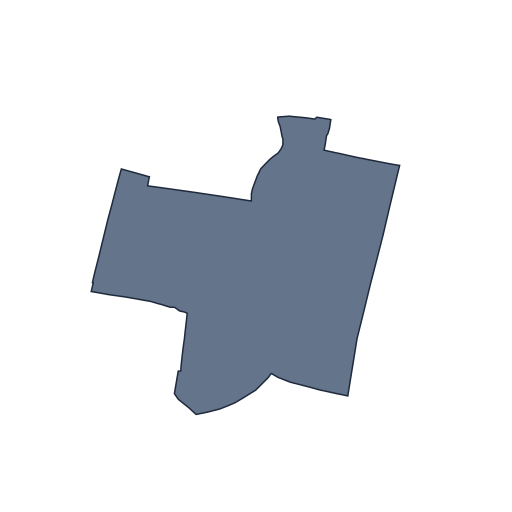 the district of Karmuz, Al Iskandariyah, Egypt, rotated 309°
{"feature_id": "37247803B60489712487225", "entity_name": "Karmuz", "entity_type": "district", "adm_level": 2, "iso_a3": "EGY", "parent_name": "Egypt", "parent_adm1": "Al Iskandariyah", "projection": "natural_earth1", "projection_center": [29.903, 31.179], "detail": "fine", "context": "isolated", "style": "filled", "palette": "slate", "viewbox_px": 512, "rotation_deg": 309, "n_neighbors": 0, "source": "geoboundaries", "source_scale": "gbopen_adm2", "svg_char_len": 1900}
<svg xmlns="http://www.w3.org/2000/svg" viewBox="0 0 512 512"><g transform="rotate(309 256 256)"><path d="M124.7,150.3L129.7,159.3L133.6,166.4L141.4,179.3L143.7,183.4L154.5,202.9L157.2,209.5L157.9,211.1L158.7,212.7L159.6,215.1L161.8,220.7L162.4,221.7L163.1,222.7L164.9,225.0L165.2,231.2L167.5,235.8L168.2,238.6L166.5,239.7L147.4,251.9L146.9,252.3L139.5,256.7L134.1,260.1L123.5,266.9L119.3,269.9L118.7,269.3L118.5,269.1L117.6,268.0L106.9,274.0L97.7,279.2L97.6,279.4L97.5,279.9L97.3,280.5L95.7,286.0L95.8,299.2L95.4,305.4L95.2,309.2L103.8,316.3L114.3,324.1L122.6,328.8L128.9,332.1L137.9,335.4L151.7,340.2L169.1,342.0L173.0,341.8L173.7,341.9L174.4,342.0L175.5,349.4L179.4,361.8L188.1,380.8L191.9,389.6L200.1,405.9L200.2,406.1L200.3,406.3L202.3,410.0L205.0,415.4L255.6,386.4L259.3,384.7L275.3,377.2L281.7,374.2L306.0,362.7L319.7,356.5L320.4,356.1L321.2,355.8L352.8,341.3L379.4,328.4L407.1,315.2L416.8,310.6L416.0,309.3L415.2,308.0L409.9,298.3L409.3,297.3L408.8,296.2L405.3,289.6L400.7,281.0L400.2,279.9L399.7,278.9L397.3,274.6L394.0,268.1L391.6,263.2L388.0,255.9L387.2,254.4L386.3,252.8L381.1,242.3L386.6,239.4L393.9,235.1L395.1,235.0L396.2,234.9L401.4,232.8L409.1,228.3L409.0,228.0L408.8,227.7L402.1,215.9L400.8,215.7L399.4,215.5L395.0,208.1L385.4,193.6L377.7,185.5L377.3,185.7L377.0,185.9L374.2,189.2L371.9,193.2L365.4,200.9L364.5,202.3L363.5,203.6L359.2,207.0L354.9,208.1L349.9,208.4L343.8,206.7L338.9,205.8L338.7,205.8L338.4,205.8L332.0,205.2L328.2,204.9L327.4,204.8L326.7,204.8L319.0,206.6L312.1,208.9L305.9,211.0L301.3,213.4L295.8,217.8L284.4,198.1L266.8,168.2L266.5,167.8L266.3,167.4L248.5,137.8L242.3,127.6L250.5,123.2L250.4,123.1L250.3,122.9L249.9,122.1L238.9,96.6L238.3,96.9L237.7,97.1L230.0,100.4L217.8,105.9L205.8,111.4L192.0,117.5L161.9,131.7L156.0,134.5L147.5,138.4L140.6,141.6L135.3,144.2L132.3,145.7L132.7,146.4L124.7,150.3Z" fill="#64748b" stroke="#1e293b" stroke-width="1.5"/></g></svg>